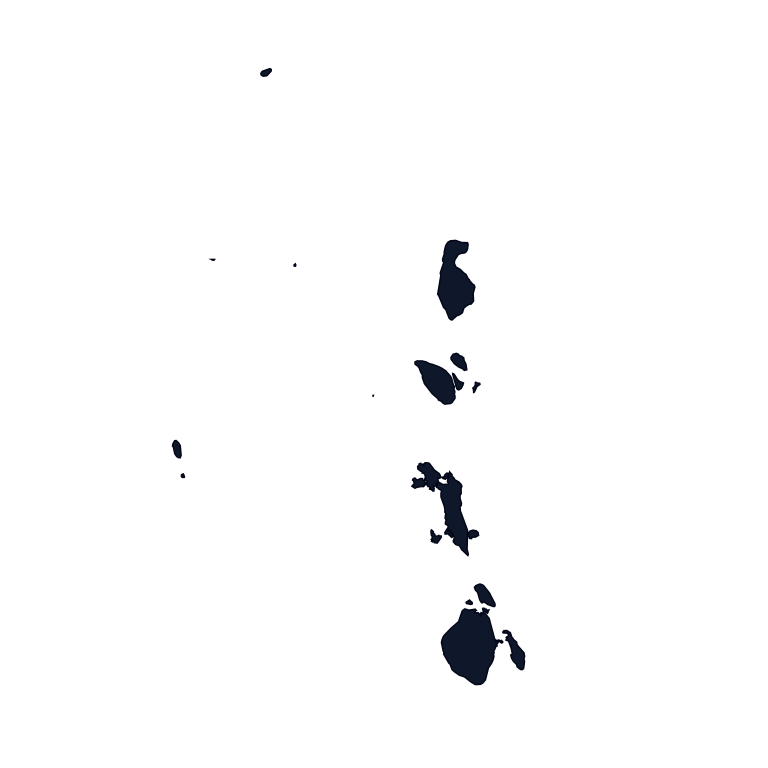 the district of Wakatobi, Sulawesi Tenggara, Indonesia, rotated 212°
{"feature_id": "22746128B42553963392557", "entity_name": "Wakatobi", "entity_type": "district", "adm_level": 2, "iso_a3": "IDN", "parent_name": "Indonesia", "parent_adm1": "Sulawesi Tenggara", "projection": "albers", "projection_center": [123.878, -5.686], "detail": "fine", "context": "isolated", "style": "filled", "palette": "ink", "viewbox_px": 768, "rotation_deg": 212, "n_neighbors": 0, "source": "geoboundaries", "source_scale": "gbopen_adm2", "svg_char_len": 6194}
<svg xmlns="http://www.w3.org/2000/svg" viewBox="0 0 768 768"><g transform="rotate(212 384 384)"><path d="M171.3,177.2L165.7,177.0L160.5,178.3L152.8,177.4L147.2,177.5L143.1,180.4L141.8,182.6L141.2,186.8L145.0,198.6L144.8,204.0L145.2,207.3L146.4,211.2L148.6,213.7L148.1,214.0L148.4,214.7L149.2,215.0L149.6,218.5L150.3,219.4L149.8,219.6L150.2,220.9L149.3,221.8L150.7,223.5L150.1,225.0L151.7,226.1L152.6,224.6L153.1,225.6L152.7,226.3L153.4,225.9L155.3,226.6L170.7,241.0L176.6,242.9L177.3,242.3L178.5,242.7L179.5,241.7L180.5,241.6L180.4,240.5L179.6,240.9L178.9,239.9L179.0,238.7L182.7,240.0L186.4,237.7L185.8,238.5L186.2,240.6L185.8,240.9L187.3,241.4L192.0,237.3L196.3,236.1L197.1,234.2L197.4,232.8L194.8,222.0L197.8,212.2L199.2,205.4L199.9,201.7L199.4,198.4L198.3,195.2L192.5,189.1L191.0,188.1L190.2,186.5L181.0,181.6L179.5,181.4L174.8,177.8L171.3,177.2ZM355.5,494.0L354.6,495.2L354.7,496.1L352.4,498.1L352.0,501.8L356.4,508.1L358.3,514.4L359.9,515.6L362.2,515.8L366.5,517.1L367.1,517.8L368.0,517.7L372.6,520.4L375.3,520.5L380.0,521.6L385.0,521.4L387.8,523.2L388.8,524.4L389.7,526.8L389.6,533.1L388.1,535.4L385.1,537.9L384.4,539.5L384.5,542.2L386.7,547.1L388.1,548.1L393.2,545.1L399.4,543.7L403.5,540.7L405.0,537.9L405.0,534.4L404.4,532.0L402.7,527.4L402.0,526.8L400.3,520.6L399.2,519.2L398.2,519.1L397.6,518.3L395.4,508.9L394.6,507.2L393.6,506.8L386.0,488.5L384.7,488.1L374.0,480.5L370.9,479.8L363.7,474.4L362.0,473.9L360.3,474.2L358.4,480.5L356.5,482.8L355.3,486.0L356.5,490.6L355.5,494.0ZM230.3,284.7L222.0,283.0L222.3,284.4L226.0,287.9L235.4,304.0L251.8,316.7L254.6,320.3L254.1,321.7L255.0,323.8L259.2,327.6L260.6,330.3L260.4,331.8L263.2,336.1L263.8,338.7L265.6,339.8L268.7,340.6L273.2,340.3L274.7,341.3L277.8,342.0L278.0,343.1L281.7,344.2L280.1,340.9L279.8,337.8L278.3,334.6L277.0,334.4L276.5,333.0L280.9,329.9L285.8,329.8L286.1,327.3L284.6,324.2L283.2,324.4L281.3,323.9L280.3,324.3L278.5,323.8L277.8,321.5L275.7,318.3L268.1,312.3L265.6,309.6L264.6,307.6L263.0,307.0L261.3,302.9L259.2,301.3L258.2,298.4L257.3,297.7L255.5,297.9L253.8,297.2L253.7,296.2L252.6,295.0L249.0,294.6L243.5,291.5L242.8,290.8L242.1,287.6L241.3,286.8L238.2,285.9L234.2,286.8L230.3,284.7ZM323.5,399.0L321.7,399.2L317.3,402.7L316.5,404.4L316.2,409.5L317.6,411.6L318.7,412.3L319.8,415.0L322.3,417.1L322.9,419.2L324.4,419.7L329.9,424.8L332.3,426.0L338.9,427.9L343.5,428.0L347.8,427.5L354.2,426.1L355.7,425.4L360.1,425.0L363.8,423.8L368.2,421.1L369.4,419.2L368.2,417.3L364.6,417.0L362.3,416.0L359.3,413.6L356.1,411.9L354.8,409.7L349.8,405.7L337.9,401.3L330.8,400.2L329.2,399.2L326.7,399.7L323.5,399.0ZM123.0,216.4L121.2,214.7L116.9,214.2L115.2,215.2L114.9,216.8L117.8,223.2L119.7,225.0L120.3,227.4L122.8,230.2L131.7,232.9L134.0,234.2L134.5,235.3L138.9,236.0L140.0,236.7L141.3,236.9L145.0,240.0L149.1,240.1L151.6,238.4L151.8,236.5L151.0,236.1L147.7,237.9L145.3,237.6L145.2,235.8L146.1,233.8L144.8,233.0L144.9,231.5L142.1,232.0L136.3,227.5L132.6,223.7L132.1,223.0L132.9,221.3L130.4,219.0L127.3,217.4L123.0,216.4ZM289.6,319.0L287.9,319.6L285.9,319.1L285.0,319.7L286.2,322.1L288.2,323.1L286.8,323.9L286.2,325.2L287.0,327.9L286.4,330.2L288.2,332.0L286.5,334.2L286.6,335.0L288.5,336.7L289.8,337.3L295.7,337.7L303.3,340.7L304.7,340.5L307.4,339.0L307.9,337.4L306.9,335.8L309.3,336.3L310.8,335.6L311.0,336.0L311.8,335.1L311.4,334.7L311.7,331.8L310.3,329.9L306.7,329.5L305.4,330.2L304.4,328.7L303.8,329.4L301.4,329.0L300.0,327.3L298.8,326.8L298.6,326.3L299.2,326.2L299.3,325.5L298.8,324.4L297.8,323.8L296.4,324.6L294.2,322.5L293.7,321.0L292.4,320.3L290.6,321.3L289.6,319.0ZM188.3,251.6L185.4,250.2L184.3,250.8L184.3,252.3L179.4,252.0L174.1,253.0L172.4,253.8L172.3,254.8L173.5,256.5L183.9,262.7L192.9,265.9L195.9,265.5L197.1,264.8L199.3,261.6L199.6,259.5L197.1,257.6L194.2,256.9L188.3,251.6ZM335.1,438.5L329.7,438.0L325.6,438.6L323.1,438.1L321.3,439.9L325.2,444.4L328.6,446.4L330.2,448.4L332.7,448.7L335.3,448.0L336.7,448.7L338.9,448.3L341.2,445.8L341.3,442.1L340.2,440.5L335.1,438.5ZM529.5,219.2L524.5,214.0L521.3,212.6L519.3,212.7L517.7,213.5L518.3,216.1L524.2,223.8L526.9,225.2L530.4,225.9L531.5,224.9L531.3,221.4L530.4,219.2L529.5,219.2ZM305.5,316.0L306.2,312.1L302.5,312.0L301.4,313.8L297.7,317.1L296.3,317.7L295.8,318.9L296.4,320.4L295.4,320.6L295.1,321.9L296.1,322.4L296.4,321.9L300.5,323.5L301.1,324.2L302.6,323.5L304.9,320.3L305.9,320.0L307.4,320.7L308.3,320.4L309.1,318.8L308.9,317.7L307.4,317.6L307.0,316.7L305.5,316.0ZM331.2,428.9L319.9,418.7L318.6,418.3L317.4,418.7L316.2,421.1L316.5,424.9L317.2,427.0L321.2,426.2L324.2,426.8L329.7,429.5L331.3,429.4L331.2,428.9ZM260.1,276.3L260.2,275.8L259.1,275.9L259.4,277.1L258.5,277.3L257.2,276.1L254.5,277.4L254.2,284.4L255.2,285.4L256.4,284.4L257.3,284.7L258.0,283.4L259.9,282.1L261.5,283.6L263.1,283.3L263.7,284.8L266.3,285.5L266.5,284.7L265.4,282.9L263.6,280.8L261.9,280.1L261.7,278.7L260.8,277.5L261.4,277.0L260.1,276.3ZM231.1,307.2L233.1,304.9L233.3,301.9L232.1,299.8L230.0,299.1L229.7,298.4L227.8,299.3L228.1,300.9L225.3,302.6L223.6,305.8L225.5,307.9L227.8,308.4L231.1,307.2ZM647.9,591.0L652.6,585.1L653.1,583.8L652.9,581.9L651.7,580.9L649.3,581.1L646.7,583.4L645.5,589.5L646.3,591.0L647.9,591.0ZM253.7,290.3L252.7,289.1L250.4,290.8L245.2,289.8L244.8,291.1L249.9,294.5L251.8,293.0L253.7,295.0L253.7,290.3ZM307.3,433.3L306.2,432.3L306.0,428.8L306.5,427.6L305.3,426.8L303.5,424.4L303.1,425.0L303.8,431.1L302.4,434.5L303.2,435.3L306.0,434.0L307.1,434.2L307.3,433.3ZM284.0,335.1L281.4,335.8L280.9,340.4L281.1,341.4L282.1,342.4L283.6,341.6L284.2,339.2L283.9,336.8L285.6,335.6L284.0,335.1ZM197.0,246.1L198.7,242.4L197.7,241.6L193.5,243.1L192.6,244.3L193.3,245.4L197.0,246.1ZM181.2,245.6L179.2,243.6L176.7,244.5L174.7,244.4L175.4,247.9L176.0,247.1L176.9,247.0L176.6,246.4L177.7,247.0L177.7,246.4L178.8,246.3L179.4,247.1L181.2,246.4L181.2,245.6ZM507.6,200.0L507.1,198.5L506.4,198.1L505.5,197.9L503.9,199.0L504.3,199.9L506.5,201.4L507.6,200.0ZM150.7,226.7L146.8,226.7L146.5,228.2L148.5,228.8L149.3,227.9L150.9,227.7L150.7,226.7ZM522.9,438.9L523.4,437.3L522.6,436.4L521.5,437.0L521.9,438.2L522.9,438.9ZM593.7,399.8L594.7,399.3L596.5,398.1L594.9,398.2L593.8,398.9L593.7,399.8ZM387.3,369.4L387.1,368.1L386.4,367.5L387.3,369.4Z" fill="#0f172a" stroke="#020617" stroke-width="1.5"/></g></svg>